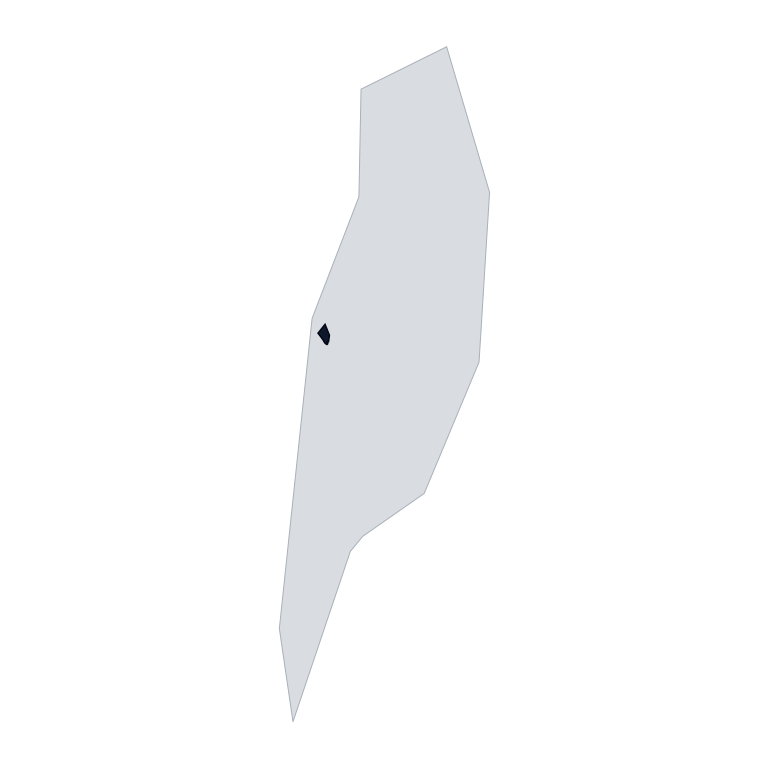 location of Ngeburch, Melekeok, Palau, rotated 179°
{"feature_id": "81905179B7917113976902", "entity_name": "Ngeburch", "entity_type": "district", "adm_level": 2, "iso_a3": "PLW", "parent_name": "Palau", "parent_adm1": "Melekeok", "projection": "equal_earth", "projection_center": [134.624, 7.51], "detail": "fine", "context": "in_parent", "style": "filled", "palette": "ink", "viewbox_px": 768, "rotation_deg": 179, "n_neighbors": 0, "source": "geoboundaries", "source_scale": "gbopen_adm2", "svg_char_len": 1252}
<svg xmlns="http://www.w3.org/2000/svg" viewBox="0 0 768 768"><g transform="rotate(179 384 384)"><path d="M401.8,679.2L315.5,720.1L275.1,573.8L288.6,404.2L345.7,273.9L407.9,232.1L420.6,217.2L480.9,47.9L492.9,141.3L454.7,451.0L405.8,571.6L401.8,679.2Z" fill="#d9dde1" stroke="#a8b0b8" stroke-width="1"/><path d="M449.1,436.0L449.0,435.9L448.8,435.6L448.7,435.6L448.6,435.4L448.5,435.2L448.3,434.9L448.2,434.7L447.9,434.3L447.7,434.2L447.6,433.9L447.4,433.6L447.1,433.3L447.0,433.1L446.7,432.8L446.6,432.6L446.2,432.2L446.3,432.1L446.1,431.9L445.4,430.9L445.2,430.6L444.8,430.0L444.7,429.8L444.5,429.6L444.3,429.3L444.2,429.1L444.0,428.8L443.9,428.8L443.8,428.5L443.7,428.3L443.6,428.2L443.5,427.8L443.4,427.7L443.2,427.3L443.0,427.0L442.9,426.9L442.8,426.6L442.7,426.5L442.6,426.4L442.5,426.2L442.4,426.1L442.3,425.9L442.2,425.8L442.1,425.7L441.9,425.5L441.7,425.7L441.5,425.3L441.1,425.1L440.9,425.0L440.8,424.7L440.6,424.6L440.4,424.5L439.9,424.8L439.7,425.0L439.6,425.4L439.5,425.7L439.5,425.9L439.5,426.1L439.5,426.4L439.4,426.6L439.5,426.8L439.5,427.0L439.9,427.2L439.8,427.3L439.7,427.3L439.3,427.4L439.2,427.5L439.2,427.4L438.9,427.3L438.7,427.3L437.7,433.7L441.9,444.7L449.1,436.0Z" fill="#0f172a" stroke="#020617" stroke-width="1.5"/></g></svg>